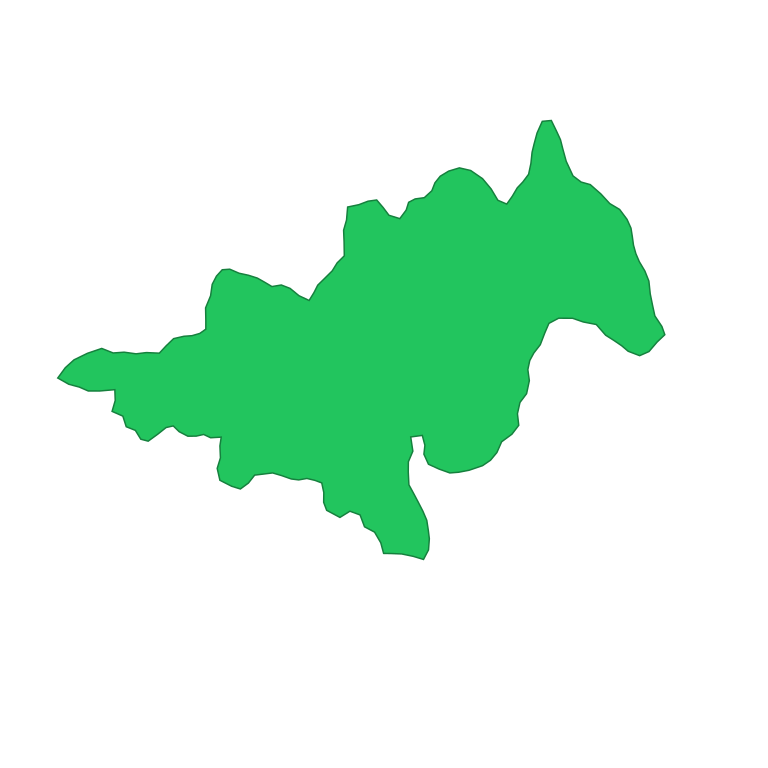 Santana da Vargem, Minas Gerais, Brazil, rotated 154°
{"feature_id": "56859067B34878653827623", "entity_name": "Santana da Vargem", "entity_type": "district", "adm_level": 2, "iso_a3": "BRA", "parent_name": "Brazil", "parent_adm1": "Minas Gerais", "projection": "robinson", "projection_center": [-45.501, -21.259], "detail": "fine", "context": "isolated", "style": "filled", "palette": "green", "viewbox_px": 768, "rotation_deg": 154, "n_neighbors": 0, "source": "geoboundaries", "source_scale": "gbopen_adm2", "svg_char_len": 2494}
<svg xmlns="http://www.w3.org/2000/svg" viewBox="0 0 768 768"><g transform="rotate(154 384 384)"><path d="M110.0,305.2L109.0,313.9L110.7,326.5L108.0,337.5L105.2,348.3L100.8,360.4L100.0,371.2L100.9,382.0L100.5,390.7L98.9,399.4L96.2,407.6L93.7,415.8L93.4,425.5L95.7,437.6L102.0,447.2L105.7,459.6L111.2,472.8L118.3,479.1L122.9,488.2L122.6,504.3L120.3,516.6L118.3,526.2L118.1,535.6L118.1,547.5L126.6,550.7L136.4,542.5L144.0,533.8L149.3,527.4L155.3,517.8L162.1,509.1L170.7,504.7L178.2,501.9L186.4,496.5L194.8,491.9L201.1,499.2L202.2,512.3L205.4,525.3L212.5,537.9L221.5,545.2L232.6,547.0L242.4,546.1L250.0,542.5L256.3,536.7L266.1,533.8L274.9,536.7L282.2,536.5L287.8,530.6L297.3,525.7L305.6,533.5L307.4,542.9L309.9,552.6L318.2,555.3L328.0,556.2L339.1,559.0L345.8,547.8L352.9,539.9L357.5,529.4L363.5,516.6L373.0,513.4L380.9,508.4L391.8,504.7L400.2,501.9L406.8,496.9L414.7,491.9L421.7,500.6L426.5,511.1L432.9,518.0L442.0,520.7L446.8,528.0L451.4,534.7L458.1,541.1L465.7,547.1L472.3,554.8L479.3,557.6L487.3,554.4L494.7,548.9L501.2,539.3L511.0,530.6L516.1,519.6L520.1,511.4L527.4,510.2L535.4,511.6L542.9,514.6L553.2,517.0L563.1,513.8L572.4,510.2L583.8,516.4L593.6,519.8L603.6,526.5L613.8,530.6L622.1,539.7L637.1,541.6L652.0,541.6L663.2,538.4L674.6,532.4L667.4,521.9L659.2,514.8L652.9,507.4L642.7,502.4L628.4,496.9L632.8,487.0L640.4,478.6L632.8,469.6L634.4,458.6L627.8,451.3L626.8,441.0L621.0,436.0L609.2,438.1L598.9,440.4L591.8,438.7L589.0,430.9L583.2,423.1L575.7,419.5L568.2,417.7L563.4,411.7L553.6,407.6L558.6,400.3L563.4,389.3L570.9,381.3L573.7,369.4L565.7,358.8L559.1,352.6L549.3,354.4L540.2,358.8L532.4,356.1L523.1,352.9L516.1,346.5L509.0,339.3L502.7,335.2L494.7,332.9L488.6,327.9L483.3,322.4L485.7,312.8L490.1,304.1L490.9,295.6L482.1,283.4L470.4,284.6L462.9,276.8L464.1,264.2L457.4,255.0L456.5,242.7L458.6,231.9L451.9,228.5L442.6,223.5L433.3,216.3L425.4,209.0L416.7,215.4L411.1,225.0L408.4,232.8L405.3,242.7L404.8,252.6L405.0,261.9L405.3,271.5L405.8,282.5L400.8,294.2L396.2,303.4L387.5,311.0L383.2,324.7L372.1,321.0L374.1,311.0L378.9,303.4L379.2,292.4L371.8,283.4L363.8,275.2L355.7,272.0L345.4,269.2L331.2,267.4L321.7,268.8L312.6,272.9L303.6,280.5L291.0,282.8L281.0,287.8L277.1,298.8L269.9,307.8L260.1,312.8L251.9,323.3L248.4,333.9L242.7,341.2L235.7,346.2L226.3,350.8L217.2,359.3L209.2,366.2L198.2,366.6L185.7,360.4L177.7,352.4L167.1,344.4L163.4,330.7L158.4,322.6L153.6,314.2L150.2,306.4L141.8,297.4L131.6,297.0L120.1,302.0L110.0,305.2Z" fill="#22c55e" stroke="#15803d" stroke-width="1.5"/></g></svg>